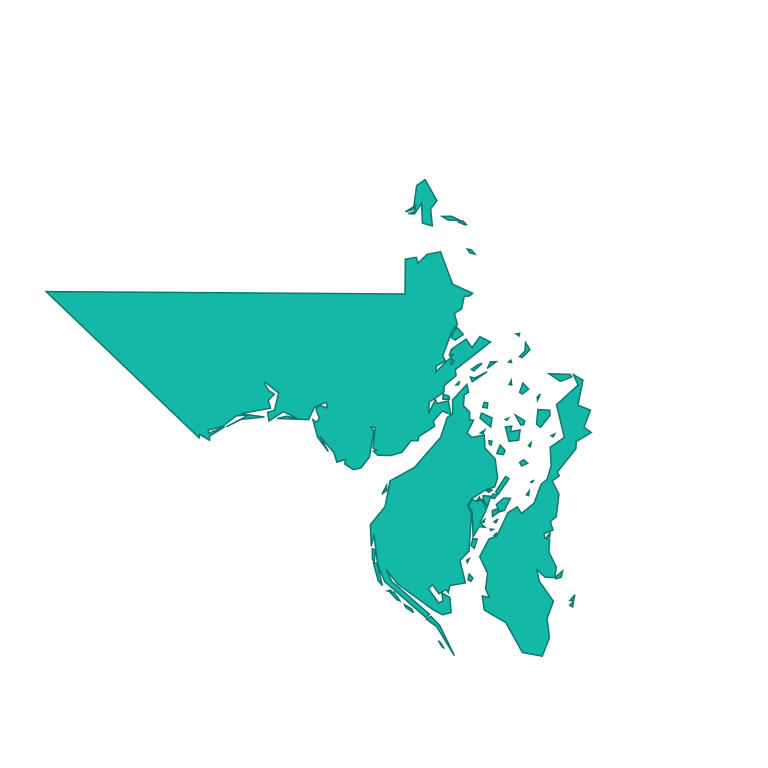 the district of West New Georgia-Vonavona, Western, Solomon Islands, rotated 225°
{"feature_id": "97153195B60589272182469", "entity_name": "West New Georgia-Vonavona", "entity_type": "district", "adm_level": 2, "iso_a3": "SLB", "parent_name": "Solomon Islands", "parent_adm1": "Western", "projection": "natural_earth1", "projection_center": [157.168, -8.247], "detail": "fine", "context": "isolated", "style": "filled", "palette": "teal", "viewbox_px": 768, "rotation_deg": 225, "n_neighbors": 0, "source": "geoboundaries", "source_scale": "gbopen_adm2", "svg_char_len": 6223}
<svg xmlns="http://www.w3.org/2000/svg" viewBox="0 0 768 768"><g transform="rotate(225 384 384)"><path d="M688.3,210.4L476.7,215.2L478.9,218.0L467.6,220.8L470.4,223.6L466.4,241.4L473.1,225.2L475.6,226.9L468.2,239.8L465.9,257.0L458.1,266.4L464.4,261.9L447.1,286.6L454.3,290.7L454.3,299.3L461.2,297.9L468.8,299.8L469.3,301.2L452.1,303.1L442.9,287.8L446.2,281.6L439.2,276.5L435.6,293.3L420.0,298.6L430.1,292.4L435.2,284.0L412.1,305.5L416.7,318.2L412.0,330.3L406.9,327.1L414.8,323.0L414.3,318.0L405.4,314.0L404.8,309.3L409.2,308.5L393.5,299.5L375.5,296.8L392.1,301.7L371.1,300.1L362.1,295.4L357.7,303.6L355.4,299.7L345.0,301.8L340.9,308.4L342.6,321.9L357.8,343.4L362.8,344.5L359.3,346.9L346.5,331.0L342.6,332.2L344.1,329.0L338.0,329.2L328.8,338.0L323.0,348.4L324.8,363.0L319.8,368.1L322.3,371.3L318.3,389.8L322.8,392.7L323.7,406.1L314.9,409.7L326.5,417.5L332.7,407.7L336.7,409.4L331.6,394.9L339.3,403.1L335.8,420.5L340.2,425.4L338.9,440.8L343.7,444.6L338.4,489.0L349.7,485.3L347.5,472.0L357.7,473.8L360.9,456.0L358.2,450.7L356.1,453.5L356.2,449.6L351.2,449.8L350.2,449.2L350.5,444.6L352.8,449.5L355.7,447.4L355.8,429.1L359.7,433.8L356.8,443.8L362.4,445.4L373.4,469.8L374.2,478.0L384.2,483.7L382.2,491.9L389.2,502.6L385.8,506.7L385.5,510.8L406.0,503.1L437.6,517.5L445.2,506.0L445.4,493.4L450.7,496.4L457.2,487.4L432.8,462.5L688.3,210.4ZM325.1,442.3L324.2,421.2L314.1,411.3L315.7,405.2L306.2,386.3L303.5,346.5L311.2,319.8L296.5,297.9L294.2,274.9L278.2,260.2L284.3,270.2L260.6,251.7L243.7,244.8L189.2,248.5L189.0,253.4L238.7,249.9L251.3,254.2L232.7,252.2L190.4,258.9L179.5,262.2L174.9,269.9L186.3,279.6L195.3,277.3L188.9,272.1L190.6,267.9L207.9,270.8L207.7,276.3L196.8,274.5L194.8,282.5L191.0,281.9L194.9,288.0L185.8,300.9L205.5,313.0L205.7,325.9L231.1,354.9L236.8,356.0L239.3,357.8L240.8,365.5L237.1,381.9L233.0,389.4L237.2,397.9L252.4,409.6L267.3,410.1L277.1,418.9L284.1,408.4L290.7,408.1L295.0,421.7L298.1,419.2L303.7,424.8L312.4,424.8L319.6,433.1L318.3,438.0L325.1,442.3ZM256.7,524.5L246.0,520.5L247.4,491.4L218.7,473.7L221.8,456.8L208.0,444.4L201.2,431.8L202.0,424.2L193.6,405.8L195.2,389.8L202.9,391.3L205.4,380.8L196.6,356.2L200.2,348.7L194.3,329.6L176.7,323.3L167.6,311.2L158.6,307.4L164.6,303.6L153.4,295.1L129.1,301.4L96.3,292.0L79.7,303.4L87.5,321.4L103.0,333.7L110.5,350.1L134.4,354.3L144.6,360.7L133.2,361.4L126.4,367.8L132.7,376.4L148.7,381.8L157.0,391.3L161.3,388.6L165.1,391.4L161.2,400.2L169.2,404.4L168.3,411.9L182.4,429.8L196.5,434.4L195.1,443.0L199.2,444.4L202.5,473.9L207.4,479.3L203.1,496.3L212.0,494.7L219.5,511.6L231.9,506.1L246.0,527.4L256.7,524.5ZM490.7,520.9L487.0,527.4L488.3,533.5L484.4,527.1L487.3,521.7L482.7,525.8L485.2,538.4L470.6,524.9L461.6,530.0L474.9,540.8L476.1,551.0L499.5,557.6L501.2,547.4L488.3,530.4L490.7,520.9ZM240.3,364.6L237.9,357.3L231.4,356.1L212.9,338.9L215.9,350.4L211.2,354.1L218.0,353.9L223.3,368.5L233.4,371.3L234.7,367.1L240.3,364.6ZM257.1,474.8L247.8,463.5L242.7,464.0L244.3,479.1L248.2,482.7L257.1,474.8ZM267.9,439.5L255.1,431.9L249.0,439.4L255.3,447.8L261.0,439.6L263.9,444.5L267.9,439.5ZM187.6,247.7L175.1,249.7L142.0,241.6L173.9,252.7L186.5,252.9L187.6,247.7ZM219.3,378.1L211.9,375.2L209.5,379.7L213.8,392.6L218.7,387.8L219.3,378.1ZM294.6,432.4L291.9,427.7L278.2,429.1L283.6,436.4L294.6,432.4ZM372.7,475.7L370.3,464.4L364.7,465.3L362.9,475.1L372.7,475.7ZM274.7,507.9L261.2,510.5L256.3,521.7L259.2,522.4L274.7,507.9ZM457.7,266.6L465.3,242.0L460.0,258.0L445.3,276.1L457.7,266.6ZM264.9,249.9L248.8,240.7L242.6,240.3L262.3,252.6L264.9,249.9ZM232.6,404.5L228.9,386.7L225.2,386.8L228.6,405.4L232.6,404.5ZM286.5,483.0L282.2,474.0L279.1,474.7L278.0,482.6L286.5,483.0ZM234.9,375.2L232.4,372.4L224.2,370.5L229.2,380.1L234.9,375.2ZM313.2,513.4L307.6,507.0L307.6,499.2L305.0,500.4L305.0,511.5L313.2,513.4ZM258.7,423.0L255.1,414.5L249.6,418.5L251.5,422.7L258.7,423.0ZM461.4,543.6L455.0,545.1L445.0,553.8L455.1,550.2L461.4,543.6ZM275.7,259.2L268.4,251.9L264.8,250.9L272.7,260.7L275.7,259.2ZM211.8,337.4L208.2,331.3L204.0,331.7L208.5,340.3L211.8,337.4ZM217.9,371.1L213.6,366.9L212.4,374.1L215.4,376.2L217.9,371.1ZM269.2,454.9L258.3,451.7L256.4,454.3L258.4,457.5L269.2,454.9ZM232.8,424.5L228.8,423.3L226.3,429.5L231.5,429.4L232.8,424.5ZM327.8,450.0L323.2,448.0L319.7,465.7L324.0,452.6L327.8,450.0ZM332.6,456.1L329.7,456.7L329.2,467.9L331.2,464.3L332.6,456.1ZM125.5,378.1L126.3,369.0L124.7,367.7L122.1,372.7L125.5,378.1ZM300.2,442.0L297.7,437.3L294.0,440.1L297.2,444.0L300.2,442.0ZM189.4,309.9L186.3,305.0L183.1,305.8L183.8,309.6L189.4,309.9ZM324.4,475.0L322.0,468.0L320.4,479.2L324.4,475.0ZM334.9,418.6L331.6,414.9L326.9,419.3L329.2,421.4L334.9,418.6ZM231.3,241.0L222.4,240.5L219.4,241.9L230.2,243.9L231.3,241.0ZM100.0,370.0L99.5,362.4L96.7,364.6L100.0,370.0ZM229.3,383.1L227.4,379.4L224.9,381.2L225.6,386.1L229.3,383.1ZM213.4,242.4L210.6,241.5L201.3,243.2L205.9,244.5L213.4,242.4ZM420.5,538.4L416.2,537.4L411.5,540.1L416.9,540.7L420.5,538.4ZM266.2,487.5L266.5,483.1L263.9,481.0L266.2,487.5ZM96.2,364.2L96.3,358.9L93.0,359.8L96.2,364.2ZM310.5,314.2L308.0,305.8L307.5,305.4L306.9,310.7L310.5,314.2ZM236.7,371.5L235.8,366.8L234.9,370.7L236.7,371.5ZM445.4,551.3L439.1,553.9L438.4,555.0L443.9,555.0L445.4,551.3ZM238.5,446.5L238.3,442.5L236.1,443.0L238.5,446.5ZM269.8,418.1L266.9,415.9L265.1,416.7L267.2,419.8L269.8,418.1ZM205.7,411.0L205.0,406.4L202.8,407.3L205.7,411.0ZM280.3,422.6L281.2,417.5L279.0,419.0L280.3,422.6ZM332.5,439.5L332.4,434.3L330.8,436.1L332.5,439.5ZM233.4,243.0L235.2,240.1L231.5,242.0L233.4,243.0ZM227.9,469.4L229.3,465.6L227.0,466.3L227.9,469.4ZM236.3,380.9L233.2,381.5L232.6,385.4L234.0,384.8L236.3,380.9ZM161.5,396.5L160.6,390.9L158.5,392.6L161.5,396.5ZM199.1,358.7L199.0,354.4L197.8,354.4L199.1,358.7ZM207.9,369.2L208.9,364.5L206.7,364.8L207.9,369.2ZM296.6,476.6L295.2,472.1L293.1,473.5L296.6,476.6ZM200.2,320.7L201.0,317.7L198.8,316.7L200.2,320.7ZM210.1,422.1L210.9,418.4L209.6,419.0L210.1,422.1ZM204.0,358.4L206.3,356.6L204.8,355.9L204.0,358.4ZM217.1,359.4L216.9,355.1L215.5,357.0L217.1,359.4ZM323.9,515.7L326.0,512.8L322.5,513.5L323.9,515.7ZM311.2,490.6L311.5,487.6L309.0,489.4L311.2,490.6ZM271.9,447.9L273.2,444.7L271.5,445.2L271.9,447.9ZM164.1,241.0L156.8,239.2L155.4,239.7L161.0,241.1L164.1,241.0Z" fill="#14b8a6" stroke="#0f766e" stroke-width="1.5"/></g></svg>